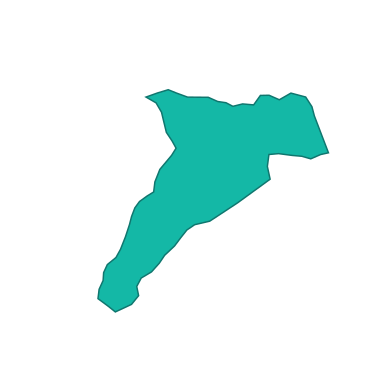 the district of Pedrinhas, Sergipe, Brazil, rotated 124°
{"feature_id": "56859067B11472613057936", "entity_name": "Pedrinhas", "entity_type": "district", "adm_level": 2, "iso_a3": "BRA", "parent_name": "Brazil", "parent_adm1": "Sergipe", "projection": "mercator", "projection_center": [-37.653, -11.205], "detail": "fine", "context": "isolated", "style": "filled", "palette": "teal", "viewbox_px": 384, "rotation_deg": 124, "n_neighbors": 0, "source": "geoboundaries", "source_scale": "gbopen_adm2", "svg_char_len": 973}
<svg xmlns="http://www.w3.org/2000/svg" viewBox="0 0 384 384"><g transform="rotate(124 192 192)"><path d="M334.3,188.5L319.0,179.3L307.8,178.3L301.2,185.0L291.7,186.0L280.9,180.9L269.3,179.3L259.8,179.3L246.5,176.3L236.6,175.8L226.3,175.0L217.6,171.5L211.8,166.1L206.3,161.0L175.4,148.1L137.7,134.4L128.7,143.8L117.9,149.2L111.8,141.7L105.6,129.3L101.0,121.0L98.1,112.1L89.0,106.3L83.2,100.8L60.5,133.1L54.2,140.3L49.7,150.9L54.7,165.3L66.7,171.2L68.7,182.2L73.7,189.3L85.3,189.6L90.7,199.3L98.1,206.0L99.0,213.8L102.6,221.3L104.4,231.5L110.2,240.2L115.8,248.7L118.7,260.4L120.5,268.9L129.2,276.0L139.0,283.2L138.2,271.6L142.9,261.9L149.5,254.7L156.9,246.6L160.9,236.9L164.6,229.7L173.0,229.4L191.2,231.3L204.4,228.4L213.4,223.8L220.2,226.9L229.2,230.2L237.1,230.5L246.1,228.4L254.0,225.6L266.4,222.1L279.6,219.2L288.8,218.4L299.5,221.6L308.2,220.2L315.1,216.2L324.6,214.6L333.0,210.3L333.5,198.5L334.3,188.5Z" fill="#14b8a6" stroke="#0f766e" stroke-width="1.5"/></g></svg>